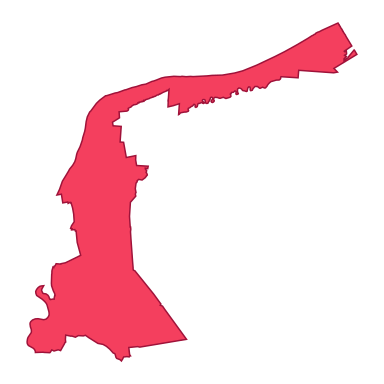 the district of Tārgales pag., Ventspils, Latvia
{"feature_id": "27541924B44897070784756", "entity_name": "Tārgales pag.", "entity_type": "district", "adm_level": 2, "iso_a3": "LVA", "parent_name": "Latvia", "parent_adm1": "Ventspils", "projection": "mercator", "projection_center": [21.857, 57.473], "detail": "fine", "context": "isolated", "style": "filled", "palette": "rose", "viewbox_px": 384, "rotation_deg": 0, "n_neighbors": 0, "source": "geoboundaries", "source_scale": "gbopen_adm2", "svg_char_len": 5760}
<svg xmlns="http://www.w3.org/2000/svg" viewBox="0 0 384 384"><path d="M139.8,347.1L186.5,339.3L164.6,309.2L162.5,306.1L160.2,305.2L160.9,304.0L153.6,294.0L134.8,270.7L133.4,270.2L133.1,269.0L133.1,267.7L132.6,261.7L130.9,238.3L130.5,231.8L130.8,229.2L130.6,227.0L130.2,227.0L129.5,216.4L130.4,202.3L135.8,196.1L135.4,194.6L135.6,193.0L136.0,192.6L135.3,188.7L136.0,183.4L136.1,183.0L136.7,182.5L137.2,181.5L137.1,180.8L138.7,179.4L142.1,180.0L145.1,177.8L146.3,176.3L146.4,175.8L146.9,175.6L147.3,175.0L147.2,174.5L146.7,173.1L146.1,172.6L146.1,172.3L146.7,170.8L145.5,169.2L145.3,168.8L145.3,168.2L147.7,168.7L148.2,166.2L136.6,165.5L135.6,159.6L135.7,159.2L135.8,155.6L126.3,157.5L123.6,142.3L120.1,142.0L121.2,126.4L113.1,125.8L112.5,122.2L119.5,117.8L119.1,111.8L126.9,111.1L127.8,110.6L128.4,110.0L128.5,109.7L128.2,108.6L128.3,108.3L131.1,106.9L132.1,105.8L133.6,104.9L133.7,104.7L134.8,104.7L136.6,104.2L137.7,103.6L138.2,103.1L138.1,102.8L138.9,102.9L139.4,102.6L139.7,102.4L139.5,102.1L141.8,101.8L142.1,101.3L142.6,101.6L143.3,101.4L143.4,101.1L143.5,101.3L144.0,101.3L144.1,101.1L144.2,100.4L145.4,100.1L145.5,99.7L149.2,98.6L149.9,98.1L152.9,97.1L153.1,96.7L153.7,96.9L154.4,96.4L155.2,96.3L157.2,95.0L158.5,94.9L159.0,94.3L159.8,94.2L159.8,93.9L160.2,93.7L160.9,93.6L163.0,92.4L166.6,90.9L166.7,90.5L167.4,90.6L169.0,89.3L168.4,98.1L168.2,99.5L168.3,99.4L168.0,106.9L173.2,105.7L179.4,103.7L178.6,114.6L179.4,114.2L180.1,113.2L180.7,112.8L184.2,112.1L186.3,112.0L188.2,111.3L188.6,110.7L188.4,110.0L188.1,109.6L188.3,108.4L190.1,107.5L191.1,106.6L192.5,106.0L194.0,104.3L194.8,104.6L195.3,105.7L195.1,106.4L195.1,106.9L195.9,107.4L197.2,106.6L197.9,104.0L198.5,103.4L199.7,103.4L201.1,102.6L201.7,102.7L203.3,103.5L204.1,103.2L204.2,102.9L204.0,102.3L202.7,101.5L202.3,101.0L202.3,100.5L202.5,100.0L202.9,99.6L204.0,99.5L204.8,99.8L205.0,100.0L205.3,101.2L205.4,102.5L205.5,102.9L206.3,103.4L207.2,103.4L208.0,103.1L208.8,101.4L209.6,100.8L209.6,99.8L210.1,99.3L210.4,98.0L210.6,97.6L211.2,97.2L212.0,97.3L212.7,98.1L212.6,99.3L211.6,100.2L211.2,101.4L211.3,101.8L211.6,102.2L212.5,102.5L213.5,102.0L214.2,101.1L214.2,100.4L213.7,99.8L213.6,98.8L213.8,98.2L215.0,97.3L217.4,97.5L219.0,98.1L220.1,98.3L223.3,97.3L225.9,98.5L229.3,97.5L230.4,97.0L230.9,96.3L230.8,95.9L230.8,94.7L230.3,94.2L230.6,93.5L231.2,93.3L231.5,92.6L231.8,92.3L232.6,92.4L233.5,92.2L234.8,91.0L235.6,91.1L236.0,91.6L236.1,92.0L235.9,93.8L236.0,94.1L236.7,94.5L237.4,94.3L238.2,93.9L238.3,93.5L237.7,92.4L237.5,91.1L237.5,89.4L237.8,88.8L238.9,88.0L239.7,88.1L241.1,88.7L241.7,89.2L242.3,90.1L243.1,90.7L244.0,90.7L246.4,91.5L247.1,91.2L247.8,88.1L248.4,87.2L248.9,86.8L249.9,87.1L250.2,88.1L250.2,90.1L250.8,90.7L252.3,90.2L253.0,88.7L254.9,86.5L257.4,86.5L259.5,88.1L260.1,88.3L262.6,87.2L264.5,88.0L265.5,87.9L267.0,86.2L267.6,85.0L268.8,83.5L270.8,81.7L276.3,80.1L279.2,80.0L280.1,79.3L280.6,78.6L280.8,77.1L281.0,76.7L298.1,77.8L298.7,70.3L333.7,72.8L337.5,72.1L333.9,68.4L356.9,54.4L354.6,50.5L354.1,50.0L348.3,57.0L348.2,57.4L347.8,57.9L347.2,58.3L346.6,58.3L346.1,58.9L344.8,61.6L343.9,61.0L344.2,60.1L344.0,59.6L344.4,59.2L344.1,58.7L345.1,57.7L345.7,57.7L345.8,57.3L345.6,56.9L346.3,56.4L344.6,55.2L346.5,54.1L346.6,53.4L346.3,50.8L344.9,51.8L344.3,51.2L351.8,46.0L345.7,35.9L345.5,35.2L344.4,33.7L344.3,33.4L343.5,32.4L343.2,31.6L342.9,31.4L343.0,31.2L342.5,30.6L342.3,29.9L341.9,29.7L341.7,28.9L340.9,28.0L340.0,26.1L339.6,25.8L339.0,24.9L339.1,24.5L338.7,24.3L338.0,23.0L321.9,30.3L319.3,31.7L317.7,32.2L315.8,33.2L315.2,34.1L314.2,34.4L313.4,35.1L312.0,35.7L307.3,38.7L295.9,45.4L284.5,51.7L274.8,56.6L256.6,65.2L242.8,70.8L234.7,73.0L222.4,75.1L211.9,75.4L207.1,75.9L193.1,76.6L190.5,76.4L186.2,76.7L182.0,76.3L180.4,76.6L173.9,76.3L165.1,77.2L161.5,78.0L156.0,80.2L153.1,81.2L152.2,81.3L145.9,84.1L141.8,84.8L136.3,86.6L132.0,87.6L125.8,89.8L124.9,89.9L117.5,92.6L115.1,93.0L106.9,95.6L105.5,95.8L99.8,100.1L96.4,103.4L90.7,111.1L89.7,112.0L87.3,116.9L86.2,121.5L85.3,128.4L84.7,131.4L82.8,137.6L82.3,140.2L80.1,146.6L77.4,152.1L76.7,154.2L75.8,158.6L74.8,161.7L72.7,165.3L69.6,169.1L68.6,171.0L66.1,175.2L62.4,181.2L59.6,189.2L56.9,195.0L61.4,194.2L62.8,202.9L67.8,202.0L68.1,203.4L70.1,202.3L71.2,203.7L71.3,203.5L72.6,208.0L73.7,214.2L74.2,221.7L71.5,225.8L70.6,228.4L72.2,228.8L72.1,229.5L71.5,229.5L71.5,229.9L74.8,229.6L75.4,231.1L76.1,231.0L77.2,242.4L80.7,255.3L65.4,262.8L60.9,263.7L60.8,264.1L56.1,263.7L55.1,265.8L54.2,266.1L53.8,267.5L53.0,267.0L52.0,270.5L51.9,271.5L51.9,273.5L51.7,274.2L51.4,283.4L51.6,285.8L53.3,290.8L54.5,293.2L54.9,294.5L55.0,295.6L54.7,295.6L54.2,297.9L54.2,299.1L52.6,299.1L50.4,299.6L50.0,299.4L50.1,299.0L49.5,298.6L48.8,296.5L47.9,295.2L46.0,293.9L43.3,293.5L42.8,293.1L41.8,291.0L41.6,290.1L42.0,288.7L42.6,287.7L43.7,285.7L41.0,286.0L39.7,286.4L38.1,287.6L36.7,289.3L36.1,290.5L35.7,291.5L35.9,293.4L36.4,294.8L36.7,295.5L42.3,299.3L44.8,301.6L46.4,303.6L47.1,305.2L48.9,311.7L49.1,313.2L49.1,314.9L48.5,316.4L47.6,317.7L45.9,319.2L43.7,319.7L38.0,318.7L35.2,318.9L32.5,320.0L30.8,321.6L30.2,322.7L30.0,323.9L30.4,326.9L31.3,329.5L31.4,331.4L31.3,332.5L28.2,337.1L27.7,338.2L27.4,339.4L27.1,341.7L27.2,343.2L27.6,344.3L28.4,345.5L32.9,348.0L34.0,348.9L34.9,350.2L35.4,351.7L35.4,352.5L43.4,352.2L43.7,352.4L49.8,352.7L50.4,352.1L51.8,349.9L54.0,351.0L58.2,349.8L60.6,350.6L64.5,343.7L65.0,342.5L65.7,342.1L65.4,339.4L65.7,335.1L70.5,336.1L72.0,336.1L75.4,337.2L78.3,335.6L83.3,335.9L85.5,335.3L88.7,337.6L97.9,343.4L103.0,344.4L106.4,346.3L109.8,349.2L113.2,353.0L114.5,353.5L115.1,354.1L115.9,357.2L116.7,358.4L120.1,359.7L121.4,361.0L122.6,359.1L123.6,357.0L126.8,356.6L129.2,356.9L129.5,356.1L130.5,355.9L129.6,354.5L128.8,347.5L137.6,346.6L139.8,347.1Z" fill="#f43f5e" stroke="#9f1239" stroke-width="1.5"/></svg>